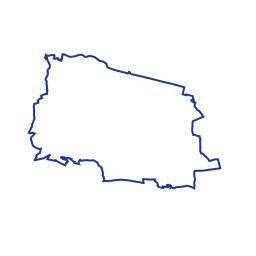 Mosoaia, Arges, Romania, rotated 17°
{"feature_id": "2599482B7420544870343", "entity_name": "Mosoaia", "entity_type": "district", "adm_level": 2, "iso_a3": "ROU", "parent_name": "Romania", "parent_adm1": "Arges", "projection": "robinson", "projection_center": [24.795, 44.826], "detail": "fine", "context": "isolated", "style": "outline", "palette": "blue", "viewbox_px": 256, "rotation_deg": 17, "n_neighbors": 0, "source": "geoboundaries", "source_scale": "gbopen_adm2", "svg_char_len": 5658}
<svg xmlns="http://www.w3.org/2000/svg" viewBox="0 0 256 256"><g transform="rotate(17 128 128)"><path d="M60.1,181.4L68.2,180.7L68.1,180.1L72.2,181.0L75.5,181.6L78.9,182.1L79.1,179.5L80.3,178.5L80.4,177.9L80.0,177.4L79.4,177.4L79.4,176.7L75.1,176.6L74.3,176.5L72.9,176.1L72.5,175.8L72.8,175.4L73.3,175.4L73.7,175.0L74.6,175.1L75.0,174.8L78.6,174.6L79.4,174.1L80.1,173.9L81.9,174.6L82.3,174.6L82.3,174.1L83.0,174.1L82.9,174.8L83.1,175.0L86.2,176.1L86.9,176.0L86.9,177.0L89.7,176.9L90.0,177.0L91.6,176.8L90.9,176.2L90.8,175.7L91.0,175.3L90.7,174.6L90.8,174.0L91.2,172.8L91.4,172.5L91.7,172.4L91.9,172.7L92.1,173.2L98.4,170.6L99.1,170.7L101.4,170.1L104.5,168.9L104.9,169.1L105.6,169.1L106.8,169.6L107.8,169.6L108.4,170.1L108.8,170.1L109.3,170.5L110.1,171.3L110.3,171.7L110.4,172.1L110.6,172.3L111.8,172.7L112.1,172.8L114.0,173.3L114.1,173.6L114.0,173.9L114.1,174.1L114.6,174.2L114.8,174.3L115.1,174.7L115.4,175.5L116.0,176.6L116.9,177.8L117.6,179.4L117.5,180.8L118.9,181.7L119.0,182.7L119.8,183.3L120.5,184.8L120.1,186.0L123.1,185.0L123.7,184.8L128.2,183.1L130.1,182.0L132.9,180.8L136.2,179.6L137.6,179.2L142.9,178.1L145.5,177.7L151.4,177.0L155.8,176.4L157.6,176.3L158.9,175.9L158.2,174.8L158.1,174.2L157.5,173.2L157.4,172.6L163.1,171.0L164.0,170.9L164.8,170.7L166.4,170.0L167.8,169.7L168.6,169.3L168.9,169.4L169.2,169.7L168.9,170.3L168.8,170.5L169.1,170.9L169.5,171.1L171.2,171.6L171.7,171.8L172.4,172.4L173.1,173.6L172.9,174.2L173.0,174.6L173.2,174.8L173.6,174.9L174.1,174.9L174.5,175.4L176.6,175.3L179.3,175.0L179.1,174.6L178.6,173.7L182.7,173.1L183.0,172.8L183.5,172.8L183.8,172.6L183.9,172.4L183.7,172.2L183.4,172.0L182.9,171.9L182.2,171.6L182.0,171.3L182.1,171.1L182.3,170.9L182.9,170.5L183.2,170.7L183.3,171.1L183.5,171.2L183.9,171.0L184.4,170.7L184.4,171.2L186.1,170.9L186.3,171.2L186.4,171.4L186.3,172.6L187.2,172.0L187.5,171.9L187.9,172.0L188.3,172.4L188.5,172.5L188.7,172.4L189.6,171.9L191.7,170.5L192.5,170.1L195.5,169.0L197.3,168.0L199.1,167.4L199.5,167.1L200.2,166.5L201.0,166.1L203.3,165.8L206.7,166.0L209.0,166.4L208.5,164.0L208.0,162.6L207.3,160.9L207.2,157.7L206.0,155.4L205.5,154.7L205.2,154.0L204.7,152.0L204.2,150.2L204.2,149.9L204.3,149.5L205.3,149.1L209.8,147.7L212.8,146.7L214.7,145.6L227.4,139.9L228.0,139.5L225.6,135.6L223.1,131.7L221.6,132.1L220.1,132.7L218.3,133.9L217.7,134.2L217.5,134.4L217.4,134.6L217.2,134.8L215.3,135.8L213.7,134.2L211.9,133.3L210.4,132.3L209.9,132.5L208.3,131.3L207.3,131.1L206.8,130.7L205.3,130.8L204.8,130.1L204.3,129.6L203.7,128.8L203.5,128.0L203.5,127.6L201.6,121.5L200.7,119.6L200.9,118.8L200.8,118.5L200.2,117.4L200.2,116.7L199.3,116.5L198.9,115.0L196.5,115.2L195.2,115.2L194.9,115.0L193.8,114.9L192.5,115.6L190.2,112.1L187.9,102.7L191.6,99.6L193.4,98.0L196.8,95.1L192.4,91.8L190.7,90.7L189.2,90.6L187.7,89.4L185.1,87.5L185.0,84.1L184.5,84.2L184.5,84.3L183.8,84.3L183.7,84.1L183.2,84.1L182.8,84.1L182.4,83.9L180.7,83.6L180.6,82.7L181.8,82.8L181.8,82.5L181.7,82.4L181.7,82.0L182.7,82.1L180.4,78.6L176.5,78.8L173.9,78.8L173.7,79.0L173.8,79.6L170.4,79.7L170.0,72.6L158.1,72.9L148.0,73.6L138.9,74.0L134.9,74.2L134.0,74.2L128.9,74.6L127.5,74.6L115.0,75.5L114.3,75.3L113.3,74.2L113.0,74.0L112.7,73.9L112.5,74.0L112.1,75.8L111.9,75.9L109.5,75.9L106.6,76.1L99.1,76.4L92.2,76.1L91.3,76.0L90.5,75.7L89.9,75.0L88.5,72.7L87.6,72.7L86.0,72.0L84.5,71.8L82.9,71.9L81.8,72.0L81.0,72.0L77.4,70.6L75.9,70.1L74.1,69.9L72.2,70.0L70.7,70.2L69.9,70.4L68.3,71.4L67.6,72.0L66.7,72.3L66.1,72.5L63.5,71.7L61.9,71.6L58.7,73.0L58.0,73.7L56.6,74.7L54.4,75.9L53.1,76.4L52.2,76.7L51.0,76.9L49.7,76.9L48.4,76.6L46.9,76.6L45.3,76.2L44.7,76.3L43.8,76.7L44.2,77.5L44.1,78.6L44.1,79.3L44.5,80.5L44.7,80.8L44.7,81.1L44.5,81.4L44.2,81.6L44.0,81.9L44.2,82.3L44.6,82.7L44.6,83.2L44.1,83.4L43.6,83.4L42.9,82.5L42.6,82.5L42.2,82.9L41.7,83.2L41.3,83.0L40.7,82.3L40.6,81.9L40.3,81.8L39.3,82.2L39.0,82.5L38.8,82.9L38.1,83.2L37.3,83.3L36.6,83.2L36.6,82.4L36.8,80.8L36.2,79.8L35.3,80.1L33.5,80.6L30.4,82.5L29.4,82.5L28.6,82.2L28.0,82.1L28.5,84.9L28.3,85.0L29.5,86.2L29.9,85.9L30.0,85.4L30.0,85.1L30.2,84.8L30.9,86.2L31.9,87.7L32.9,88.4L33.8,89.6L34.4,89.9L35.1,91.3L35.3,91.9L35.4,93.2L35.3,93.6L34.2,95.7L34.3,96.2L34.4,96.6L34.4,96.8L34.7,97.3L34.6,97.7L34.8,98.3L35.3,98.7L35.2,99.1L35.3,99.4L35.5,99.8L35.6,100.5L35.7,101.0L35.5,101.5L35.6,102.0L35.1,103.0L35.0,103.5L35.1,104.4L35.0,104.9L34.9,105.2L35.3,106.0L36.1,106.7L36.8,107.5L37.1,109.7L37.5,110.0L37.5,110.8L37.7,111.1L38.4,111.8L38.6,112.1L38.6,112.7L38.9,113.4L38.8,114.1L39.0,114.7L39.8,115.2L39.9,115.4L39.7,115.8L40.0,116.5L40.2,116.9L40.0,117.5L40.0,118.4L40.4,118.4L40.5,118.6L40.6,119.0L40.5,119.3L39.0,119.9L38.0,120.4L37.3,120.9L35.4,122.8L36.5,123.8L37.1,124.4L34.3,126.7L33.7,128.4L34.5,129.0L34.8,129.4L34.9,129.9L33.7,130.9L32.3,131.8L31.3,132.2L31.7,135.4L33.0,138.4L34.3,142.8L34.4,143.6L35.1,144.4L35.2,144.7L35.1,144.9L35.4,145.4L35.7,146.2L35.8,146.8L35.8,147.2L35.5,148.4L35.6,149.4L35.3,152.6L35.6,153.6L35.7,154.2L35.7,155.1L35.3,155.6L35.2,156.2L35.3,156.8L35.1,158.3L34.9,159.0L35.0,159.4L34.9,159.7L34.5,160.7L34.4,161.6L36.0,161.7L36.9,161.3L37.3,160.9L37.7,160.8L38.1,160.4L40.4,160.5L39.7,162.4L38.5,164.6L38.3,165.3L38.3,166.3L38.4,167.3L38.7,167.3L38.7,167.8L39.2,168.5L40.2,169.4L41.2,171.3L42.0,172.3L42.3,172.6L43.7,173.3L45.5,173.7L46.6,173.8L47.4,174.1L48.8,174.0L49.6,173.8L50.6,173.3L50.6,173.9L50.8,173.9L51.0,177.3L51.0,177.6L50.8,177.9L49.7,179.0L49.2,179.8L48.6,180.4L48.5,180.7L48.4,181.4L48.8,182.1L48.8,182.5L49.0,182.8L49.0,183.0L48.6,183.3L48.6,183.7L48.3,184.4L48.5,184.9L48.0,185.9L48.2,186.1L56.2,181.6L61.6,176.1L61.2,176.9L60.9,177.7L60.5,178.7L60.3,180.0L60.3,180.4L60.1,181.4Z" fill="none" stroke="#1e3a8a" stroke-width="2"/></g></svg>